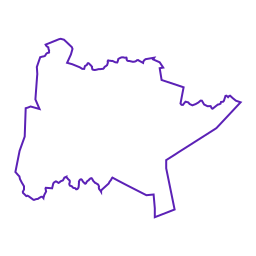 outline of Santo Domingo Tonalá, Oaxaca, Mexico
{"feature_id": "50627088B17926070063491", "entity_name": "Santo Domingo Tonalá", "entity_type": "district", "adm_level": 2, "iso_a3": "MEX", "parent_name": "Mexico", "parent_adm1": "Oaxaca", "projection": "natural_earth1", "projection_center": [-97.996, 17.68], "detail": "fine", "context": "isolated", "style": "outline", "palette": "violet", "viewbox_px": 256, "rotation_deg": 0, "n_neighbors": 0, "source": "geoboundaries", "source_scale": "gbopen_adm2", "svg_char_len": 3666}
<svg xmlns="http://www.w3.org/2000/svg" viewBox="0 0 256 256"><path d="M37.3,74.2L37.1,76.2L35.4,99.4L39.5,109.0L33.1,107.2L30.6,106.5L27.8,107.6L25.7,108.2L24.7,136.6L19.6,150.8L15.4,172.0L18.3,175.3L19.4,176.4L19.8,178.2L20.0,179.1L21.9,182.8L22.9,184.4L24.0,186.3L24.0,189.5L22.8,191.8L23.0,192.9L24.1,193.9L26.3,196.1L27.5,195.7L28.3,196.1L28.7,196.3L33.3,199.7L34.0,199.9L35.9,199.2L36.3,199.1L37.9,198.9L39.1,198.0L41.2,196.8L42.3,196.8L43.4,198.1L43.5,197.1L43.8,196.8L44.2,195.1L46.1,191.5L45.5,188.5L45.8,187.8L47.3,187.9L52.1,188.3L53.3,183.4L54.0,182.5L55.7,181.4L56.4,181.5L58.5,182.9L59.3,182.5L60.6,181.3L62.9,180.4L63.2,179.9L64.4,177.6L66.4,176.7L66.3,177.5L67.0,177.7L67.9,178.9L68.5,179.5L68.8,179.8L69.3,180.1L69.6,180.6L69.8,181.0L69.8,181.3L69.7,182.4L69.7,182.7L69.3,183.5L69.3,184.3L69.7,185.3L70.0,185.7L71.4,186.1L72.1,186.5L72.5,187.2L73.4,187.9L75.2,188.2L75.8,188.7L76.0,189.2L76.6,189.3L76.9,189.2L77.2,189.1L77.6,188.8L78.3,187.9L78.5,187.4L78.7,186.4L78.7,186.0L78.8,185.4L78.9,184.6L78.8,183.9L79.0,182.8L78.9,181.6L79.6,180.2L80.2,179.6L80.6,179.4L81.2,179.3L81.7,179.6L82.1,180.1L82.4,180.6L82.6,181.1L82.9,181.5L83.3,182.0L83.7,182.4L84.3,182.9L84.7,183.5L85.4,183.7L86.1,183.2L86.3,182.5L86.9,181.7L87.4,181.0L87.8,180.8L88.2,180.5L88.7,180.3L89.1,179.6L89.5,179.2L89.9,179.0L90.2,178.6L90.8,178.3L91.6,178.2L92.2,179.1L92.5,179.4L92.6,179.6L92.8,180.1L93.2,180.8L93.7,181.5L94.3,181.9L95.1,182.9L96.0,183.2L97.4,184.1L98.1,184.5L99.0,186.4L98.8,187.5L98.9,188.2L99.1,189.0L99.7,189.8L100.4,190.6L100.8,191.3L101.1,191.8L101.1,191.4L101.1,190.9L101.8,189.7L102.4,189.2L108.7,183.5L109.4,182.0L110.3,180.8L111.2,179.7L111.8,178.3L112.4,177.6L112.9,177.9L113.0,177.9L117.6,180.4L126.6,185.1L146.4,195.2L153.6,194.5L154.8,208.3L154.8,217.2L174.6,209.5L166.2,168.3L166.2,160.5L166.2,160.1L176.0,153.9L178.4,152.3L216.0,128.4L216.5,128.0L216.7,127.8L240.6,102.3L235.9,100.7L232.7,98.1L230.1,95.7L229.3,95.9L228.1,97.2L226.5,95.7L225.5,95.9L223.9,100.8L223.1,101.7L221.0,102.0L220.5,103.7L218.6,104.5L217.9,104.5L212.6,108.7L211.8,108.4L210.6,106.1L207.5,106.2L204.1,104.5L201.9,100.7L200.6,100.6L198.4,102.5L195.6,104.1L192.4,105.3L189.6,104.0L188.3,102.4L185.5,101.7L184.7,102.6L182.9,104.9L181.5,104.8L180.5,103.5L183.6,87.3L161.6,80.0L159.7,68.2L163.2,67.6L159.7,62.3L153.1,59.4L154.2,57.7L145.5,59.2L144.1,60.4L143.3,61.6L143.1,62.9L138.5,60.4L138.3,60.1L137.2,60.1L136.3,60.9L135.1,61.5L134.1,61.7L132.8,61.8L131.6,61.5L130.6,61.3L129.5,61.0L128.5,61.0L127.6,60.8L127.1,60.4L126.6,59.5L126.7,58.7L126.6,58.0L126.4,57.6L125.1,57.7L124.4,57.7L123.6,57.4L122.7,57.3L121.4,57.4L120.2,57.9L119.1,58.5L118.3,59.0L118.1,59.7L118.0,60.6L117.7,61.2L117.5,62.0L117.2,62.5L116.1,62.4L115.4,62.3L114.7,62.0L113.7,61.5L113.1,61.2L112.4,60.9L111.7,61.0L110.7,60.8L109.5,60.7L108.7,60.6L108.2,60.4L107.7,61.1L107.7,61.9L107.9,62.6L107.1,65.1L105.5,66.4L104.8,66.7L104.4,67.2L104.1,67.7L103.8,68.3L103.0,68.9L102.0,68.9L100.6,69.1L99.7,69.1L99.0,69.1L98.3,69.2L96.9,69.6L95.5,69.9L94.2,70.0L93.2,69.7L92.9,69.7L92.4,69.4L92.2,68.6L92.1,68.0L91.9,67.2L92.0,66.7L91.6,66.3L91.1,65.6L90.0,64.6L89.3,63.8L88.9,63.5L88.5,63.2L87.7,63.3L87.3,64.0L86.9,64.9L86.2,65.3L85.7,65.7L85.1,65.9L84.8,66.5L84.2,68.9L82.3,68.9L79.8,67.3L72.2,64.2L67.1,62.8L70.9,54.5L72.5,48.9L71.8,47.1L64.0,39.7L60.7,38.8L59.0,39.2L45.6,44.6L46.0,45.4L46.7,46.3L47.4,46.7L47.9,47.1L48.3,47.3L48.4,48.0L48.5,48.9L48.8,49.8L49.1,50.3L49.0,51.8L49.1,52.3L48.9,52.7L48.4,52.8L47.5,52.9L46.6,53.5L46.2,53.9L45.6,54.8L45.2,55.7L44.2,56.2L43.7,56.4L42.8,56.5L42.0,56.7L41.0,57.0L40.2,57.2L36.8,67.1L36.9,67.7L37.3,74.0L37.3,74.2Z" fill="none" stroke="#5b21b6" stroke-width="2"/></svg>